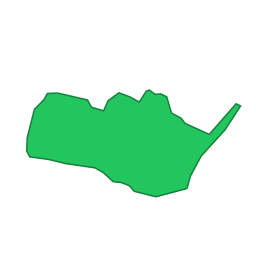 the district of Bouza, Tahoua, Niger, rotated 25°
{"feature_id": "23599985B24942158565256", "entity_name": "Bouza", "entity_type": "district", "adm_level": 2, "iso_a3": "NER", "parent_name": "Niger", "parent_adm1": "Tahoua", "projection": "mercator", "projection_center": [6.113, 14.511], "detail": "fine", "context": "isolated", "style": "filled", "palette": "green", "viewbox_px": 256, "rotation_deg": 25, "n_neighbors": 0, "source": "geoboundaries", "source_scale": "gbopen_adm2", "svg_char_len": 621}
<svg xmlns="http://www.w3.org/2000/svg" viewBox="0 0 256 256"><g transform="rotate(25 128 128)"><path d="M40.8,179.5L46.0,191.8L51.1,195.7L69.2,190.1L87.4,186.4L114.8,178.1L124.2,178.8L137.3,182.9L145.0,180.3L153.6,179.7L160.4,182.8L182.4,178.5L200.7,163.2L207.0,157.9L204.9,144.9L206.2,122.4L216.8,88.4L220.7,60.5L215.8,60.3L204.3,99.5L177.9,99.7L172.1,96.7L161.0,96.0L150.0,83.4L143.4,83.2L138.3,86.0L131.3,84.6L129.0,86.9L127.2,99.7L116.6,99.0L104.9,99.9L98.4,111.8L98.6,122.7L86.2,124.6L79.4,119.7L49.7,126.0L40.4,130.7L39.8,138.0L35.3,150.7L40.8,179.5Z" fill="#22c55e" stroke="#15803d" stroke-width="1.5"/></g></svg>